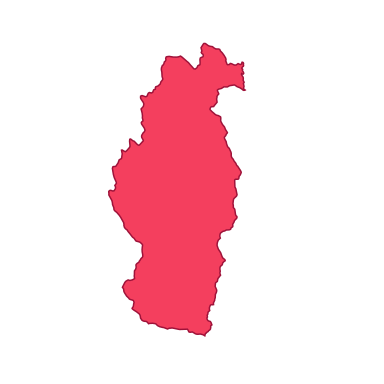 the district of Bagadó, Chocó, Colombia, rotated 146°
{"feature_id": "7082276B12521758233842", "entity_name": "Bagadó", "entity_type": "district", "adm_level": 2, "iso_a3": "COL", "parent_name": "Colombia", "parent_adm1": "Chocó", "projection": "equal_earth", "projection_center": [-76.226, 5.511], "detail": "fine", "context": "isolated", "style": "filled", "palette": "rose", "viewbox_px": 384, "rotation_deg": 146, "n_neighbors": 0, "source": "geoboundaries", "source_scale": "gbopen_adm2", "svg_char_len": 6034}
<svg xmlns="http://www.w3.org/2000/svg" viewBox="0 0 384 384"><g transform="rotate(146 192 192)"><path d="M269.9,75.7L268.5,72.6L267.8,71.7L266.7,70.8L264.5,69.6L262.6,67.4L261.8,65.6L260.4,66.9L259.9,67.1L258.9,67.1L258.5,67.4L256.6,67.3L255.8,67.7L254.4,67.7L253.3,68.1L252.0,69.5L251.5,70.4L251.0,70.7L249.8,70.7L249.2,73.2L249.2,74.4L250.5,76.0L250.7,76.8L250.7,77.4L250.6,78.1L250.0,79.3L249.1,79.7L248.3,81.4L247.3,81.8L246.0,83.3L245.6,83.5L243.6,83.8L243.2,84.9L242.4,86.2L241.3,87.1L240.0,87.9L238.9,87.7L238.0,87.0L237.1,86.6L236.5,87.7L236.2,88.1L233.8,89.5L232.9,90.6L231.9,91.3L229.9,94.0L228.0,95.1L226.8,96.2L226.3,97.1L225.6,100.8L223.4,103.4L222.9,103.6L221.0,103.7L219.0,105.7L214.8,107.1L214.6,108.2L214.1,109.4L212.9,110.5L212.0,112.5L210.8,114.0L209.7,114.5L207.8,114.7L207.4,114.9L206.4,115.9L205.8,116.1L204.2,116.5L203.1,116.4L202.7,116.8L202.6,117.4L202.7,118.1L203.3,119.7L203.3,120.4L203.2,121.7L202.2,125.6L202.1,130.0L201.1,133.7L200.1,135.0L198.9,136.2L197.1,137.4L194.3,137.9L193.8,139.6L193.5,140.1L192.3,141.4L191.3,142.0L188.4,142.1L186.6,141.4L184.8,141.3L182.3,139.8L180.9,139.5L179.6,140.4L177.8,140.4L177.3,140.8L176.3,142.5L174.1,143.5L172.8,144.5L170.9,145.0L170.1,145.0L169.1,145.6L168.6,146.2L168.5,146.9L168.8,147.7L168.5,149.0L166.2,153.8L166.4,156.0L165.3,157.7L164.5,159.5L162.1,162.3L161.0,163.1L157.4,163.7L156.2,164.5L153.9,170.0L153.6,172.2L149.9,178.1L149.0,178.3L146.7,176.9L146.2,176.8L145.7,177.0L144.1,178.7L142.4,179.2L140.6,180.4L140.1,180.9L139.8,182.8L139.8,184.6L139.7,187.9L140.0,188.7L140.0,189.4L139.6,191.3L139.8,194.4L139.5,196.1L139.7,197.1L139.7,198.8L139.2,200.1L137.9,202.0L137.4,203.3L136.7,207.6L137.0,208.2L137.1,209.8L136.4,212.6L135.5,214.7L135.2,217.9L134.7,219.1L134.4,219.4L132.4,219.9L131.6,220.6L129.7,221.2L129.4,221.5L129.3,225.1L128.7,227.7L129.0,230.9L128.6,234.4L128.4,235.0L126.7,237.3L126.3,238.4L127.4,240.6L128.8,242.1L129.5,243.6L129.6,244.3L130.5,247.5L130.9,249.7L130.9,250.3L130.8,250.7L129.2,251.8L127.9,251.8L127.1,251.1L126.2,250.7L125.4,251.1L121.0,252.4L119.5,255.5L118.6,256.2L118.0,257.2L116.4,258.0L115.0,258.3L114.8,258.8L114.4,261.3L114.1,262.1L113.8,262.4L112.5,262.4L109.7,261.4L106.7,261.3L103.9,259.3L101.4,259.1L97.1,257.1L96.7,256.6L95.7,254.1L94.1,251.8L93.0,249.2L92.8,248.2L92.4,247.5L92.1,247.2L91.8,247.2L91.3,246.8L90.9,246.8L91.4,248.1L91.4,248.8L91.0,249.4L89.8,250.5L88.6,253.4L87.7,253.6L87.4,253.9L87.1,256.1L86.2,257.1L85.6,258.1L85.4,258.9L85.4,261.0L85.1,262.1L84.6,262.5L84.2,261.6L83.7,261.1L82.8,261.4L82.5,262.1L82.2,264.8L81.8,265.3L81.4,265.4L81.5,266.7L80.9,267.2L79.9,267.5L79.1,267.5L78.5,268.0L78.2,268.8L77.3,269.9L77.2,270.7L77.5,271.3L78.0,271.6L79.4,270.4L80.4,270.6L81.1,271.2L82.0,272.7L84.2,272.6L85.5,273.2L86.5,274.5L86.9,275.3L87.6,276.4L88.4,277.2L89.7,276.8L91.3,277.6L91.5,278.3L91.4,278.9L90.9,280.7L90.8,281.8L89.9,282.5L89.2,284.1L89.0,287.4L89.1,290.3L89.6,293.2L89.4,293.8L89.3,294.7L89.9,295.6L92.3,297.3L93.3,299.4L93.7,301.0L95.8,303.0L96.7,304.3L97.8,307.5L98.6,308.2L99.1,308.5L99.7,308.4L103.8,306.6L105.0,303.3L106.3,302.6L106.4,301.3L105.9,300.0L106.3,298.9L107.1,298.1L107.5,298.0L109.1,298.4L110.3,298.4L111.4,297.3L112.8,294.9L114.0,293.3L114.6,293.0L115.6,293.4L116.6,293.4L118.3,292.3L120.4,292.1L121.3,292.8L121.6,293.2L122.0,296.4L122.3,298.2L122.6,301.4L123.0,302.5L124.8,309.3L125.5,311.1L127.6,311.6L129.3,312.4L132.0,314.3L135.1,317.2L137.1,318.2L137.8,318.4L138.9,317.7L139.2,317.3L139.5,316.4L140.0,316.0L141.2,315.3L142.2,315.3L143.5,314.1L144.8,313.4L145.8,313.5L148.0,311.9L149.1,310.4L150.0,308.2L152.2,304.5L153.0,302.0L153.4,301.7L154.2,301.3L156.2,300.7L158.0,299.3L161.0,298.9L163.2,299.5L164.0,299.0L164.9,297.7L166.2,298.1L166.7,298.1L168.9,296.6L170.3,296.8L171.7,298.3L172.8,298.4L174.0,297.8L175.2,296.9L176.3,296.6L177.3,297.0L179.3,299.7L179.8,300.0L181.0,300.2L181.9,299.0L182.2,298.3L182.3,297.2L182.3,293.8L182.5,292.5L182.7,291.9L184.4,290.2L187.8,289.3L189.2,285.3L190.5,282.8L191.8,281.1L192.1,279.9L192.8,278.6L193.1,278.3L194.2,278.3L195.1,278.0L195.4,277.6L195.8,276.4L195.8,271.8L196.4,269.5L197.8,268.6L199.3,268.4L202.0,267.1L202.7,266.3L203.1,265.5L203.2,264.8L203.4,262.6L203.7,261.7L209.0,260.4L209.9,260.4L210.4,261.1L210.9,262.5L211.5,266.3L212.4,267.6L213.2,270.1L213.6,270.5L214.1,270.5L214.6,270.0L215.5,268.8L217.3,265.4L218.0,264.4L218.8,263.9L222.8,262.8L224.5,262.6L225.4,263.7L226.5,266.0L227.1,266.1L228.5,262.7L231.3,259.6L231.8,259.2L234.4,259.4L237.1,257.4L240.6,256.0L241.1,256.0L243.1,257.1L243.6,257.1L244.8,256.1L247.4,250.4L248.4,247.4L249.3,242.5L249.8,241.5L252.3,240.6L252.5,239.3L252.7,238.7L253.6,237.6L255.9,236.6L257.1,237.1L258.3,238.7L258.9,239.1L259.6,239.3L260.2,239.2L260.8,238.9L261.2,238.3L261.4,237.7L262.6,236.0L263.2,229.7L264.0,227.6L264.9,226.0L265.6,222.7L266.4,221.3L266.6,220.3L266.4,219.0L265.8,217.3L265.3,213.2L265.3,210.9L265.8,204.8L266.7,202.9L267.2,202.3L267.8,200.4L267.7,198.7L267.0,196.7L267.1,194.9L266.8,192.0L266.6,188.6L266.5,187.7L265.9,186.0L265.9,183.5L265.8,182.6L263.3,179.7L262.6,177.2L262.6,175.7L264.2,173.9L265.5,172.3L266.8,170.2L267.9,167.6L268.8,166.2L269.7,165.6L271.2,165.4L272.0,165.1L273.6,164.3L274.3,164.2L275.2,163.5L277.5,163.5L278.7,163.2L279.3,162.8L280.4,160.8L280.8,160.4L281.9,159.5L283.8,158.8L286.2,155.4L286.8,154.8L287.7,153.0L287.9,152.5L288.2,152.3L290.6,152.5L293.0,153.4L294.0,154.7L294.5,154.9L297.0,155.0L298.4,154.5L303.0,151.9L302.9,150.0L304.1,147.5L304.3,146.1L304.4,142.3L303.8,139.5L303.8,138.4L303.4,137.6L301.7,135.5L301.3,134.8L301.4,134.3L301.8,132.8L302.6,132.2L304.7,129.9L306.7,129.1L306.8,128.4L306.2,126.5L305.0,123.8L303.9,120.4L304.0,118.7L305.2,116.1L305.2,113.7L304.6,112.4L303.6,111.3L302.4,110.4L302.1,109.8L301.8,108.7L301.7,107.1L300.2,106.6L299.5,106.0L298.4,105.5L296.1,103.4L295.7,102.8L295.3,100.5L294.1,98.4L292.1,96.2L291.2,95.4L288.9,92.1L287.0,91.8L285.4,90.8L284.7,90.6L279.2,85.0L272.6,80.9L272.5,79.9L272.8,77.8L272.6,77.4L272.0,76.8L269.9,75.7Z" fill="#f43f5e" stroke="#9f1239" stroke-width="1.5"/></g></svg>